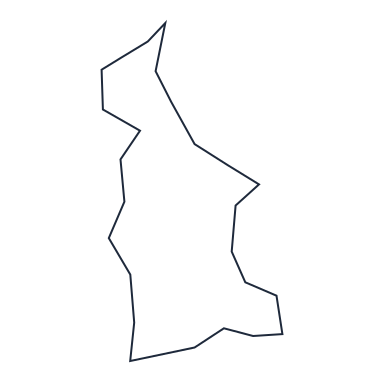 outline of Agios Georgios Soleas, Cyprus
{"feature_id": "46923920B58040369726665", "entity_name": "Agios Georgios Soleas", "entity_type": "district", "adm_level": 2, "iso_a3": "CYP", "parent_name": "Cyprus", "parent_adm1": "", "projection": "robinson", "projection_center": [32.886, 35.117], "detail": "fine", "context": "isolated", "style": "outline", "palette": "slate", "viewbox_px": 384, "rotation_deg": 0, "n_neighbors": 0, "source": "geoboundaries", "source_scale": "gbopen_adm2", "svg_char_len": 433}
<svg xmlns="http://www.w3.org/2000/svg" viewBox="0 0 384 384"><path d="M101.6,69.7L102.9,109.5L140.0,130.7L120.5,159.4L124.4,201.7L108.8,238.1L130.3,274.6L134.2,322.6L130.2,361.0L194.6,347.5L223.9,328.3L253.1,336.0L282.4,334.1L276.5,295.7L245.3,282.3L231.7,251.6L235.6,205.5L259.0,184.4L227.8,165.2L194.6,144.1L171.2,101.9L155.6,71.2L165.3,23.0L147.8,41.5L121.6,57.4L101.6,69.7Z" fill="none" stroke="#1e293b" stroke-width="2"/></svg>